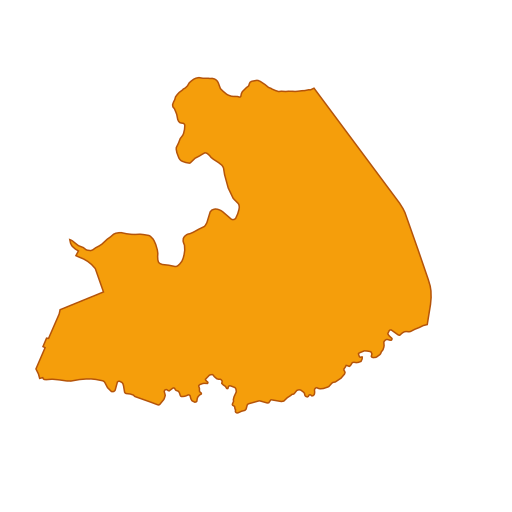 Moonee Valley, Victoria, Australia, rotated 106°
{"feature_id": "25037944B9436355571028", "entity_name": "Moonee Valley", "entity_type": "district", "adm_level": 2, "iso_a3": "AUS", "parent_name": "Australia", "parent_adm1": "Victoria", "projection": "robinson", "projection_center": [144.901, -37.749], "detail": "fine", "context": "isolated", "style": "filled", "palette": "amber", "viewbox_px": 512, "rotation_deg": 106, "n_neighbors": 0, "source": "geoboundaries", "source_scale": "gbopen_adm2", "svg_char_len": 6116}
<svg xmlns="http://www.w3.org/2000/svg" viewBox="0 0 512 512"><g transform="rotate(106 256 256)"><path d="M98.3,350.9L99.8,356.1L100.2,359.8L100.4,360.4L101.6,362.7L103.2,364.6L105.7,366.5L107.9,367.9L111.4,368.8L113.3,369.9L114.1,370.4L115.7,372.0L116.5,372.3L119.9,374.9L122.5,376.2L125.2,377.2L128.1,377.2L130.7,377.7L133.4,377.9L134.3,377.6L135.6,376.9L136.3,376.0L136.6,375.3L139.9,372.6L141.8,371.2L146.3,368.9L147.9,367.5L148.8,365.9L148.8,364.7L148.5,362.4L148.6,361.9L149.3,360.9L150.2,360.4L154.1,359.6L158.1,359.4L160.2,359.7L164.0,361.2L168.6,361.6L173.7,362.5L175.4,362.1L178.4,360.6L183.0,357.2L184.2,355.8L185.0,354.3L185.3,352.8L185.5,349.2L185.1,345.6L184.9,345.2L184.5,344.8L178.8,341.5L175.4,337.9L173.2,335.9L171.0,333.7L170.8,333.4L170.8,332.4L170.8,331.5L171.4,330.0L172.3,328.2L173.6,326.4L174.7,323.8L176.5,317.8L178.1,313.9L179.2,312.5L180.5,311.4L186.5,308.6L198.2,301.5L206.8,293.9L207.8,292.3L210.3,287.8L211.1,286.8L212.3,286.1L213.7,285.5L216.0,285.2L220.5,285.2L225.3,285.9L225.8,286.1L227.0,287.2L227.5,288.6L227.5,289.7L222.7,300.1L222.0,302.2L221.7,304.5L221.7,306.0L222.0,308.0L222.8,309.5L224.0,311.1L226.2,312.2L237.6,312.4L240.7,313.2L241.9,313.8L246.1,318.5L250.6,323.0L252.8,325.7L253.6,327.3L254.6,328.5L256.7,330.0L257.8,330.4L259.2,330.7L261.7,330.2L263.1,329.4L265.4,327.7L270.1,326.1L274.5,325.5L278.2,325.4L281.5,325.8L284.7,327.1L286.8,328.4L287.6,329.1L288.1,330.0L288.4,330.9L288.9,337.3L290.0,343.8L289.7,346.4L289.3,347.3L288.7,348.1L286.8,349.3L283.7,350.4L280.6,351.1L277.4,352.5L272.5,355.6L269.5,358.1L268.0,359.7L266.3,362.7L265.9,363.8L265.8,364.7L266.4,370.0L267.0,373.5L268.6,378.1L269.5,381.6L270.3,386.5L270.7,392.0L271.4,394.2L272.8,397.1L274.3,398.9L277.7,401.1L280.8,403.6L287.1,407.4L289.4,409.4L292.3,412.4L295.2,414.7L296.4,416.4L296.9,419.7L296.8,421.1L295.5,424.3L295.0,429.4L294.6,430.6L292.1,436.6L291.7,438.3L291.6,439.5L294.8,437.8L296.5,436.3L297.4,435.2L299.1,431.6L300.1,428.1L305.3,429.2L305.7,426.7L306.4,420.8L307.6,416.2L309.5,411.7L312.4,407.0L332.6,392.7L361.6,429.5L366.0,429.2L392.4,432.7L392.7,434.7L401.8,435.8L402.2,433.5L402.5,433.5L425.2,436.4L429.4,432.6L433.3,430.2L431.7,427.5L432.7,426.6L433.0,425.9L433.0,424.9L432.6,423.3L430.6,418.0L429.3,411.0L428.3,403.6L427.2,399.4L423.4,391.6L421.0,385.3L419.6,380.5L418.8,376.0L418.2,369.0L418.5,367.5L419.3,366.4L423.5,362.4L425.7,358.4L426.1,357.7L426.1,357.0L425.5,355.4L424.2,354.5L423.4,354.4L415.4,354.5L414.4,353.8L414.0,352.7L414.5,350.1L414.9,349.4L415.5,348.7L417.4,347.5L423.1,344.8L423.7,344.1L423.9,343.6L424.0,342.9L423.3,338.8L423.5,335.5L424.4,333.9L424.5,333.0L425.5,317.0L426.1,309.6L426.0,308.4L425.2,307.6L419.4,305.1L418.5,304.9L415.2,304.8L414.3,305.2L411.5,306.9L410.3,306.8L409.8,306.5L409.1,305.5L409.2,304.3L409.6,303.4L409.6,302.3L406.3,299.8L405.6,299.1L405.5,298.4L405.6,297.8L406.9,296.5L407.2,295.8L407.4,293.5L407.9,292.7L408.4,292.1L411.1,290.2L411.5,289.7L411.6,288.7L410.8,286.5L409.9,284.9L408.2,282.9L408.0,282.1L408.3,281.0L411.3,279.2L412.7,277.8L413.0,276.8L413.4,274.5L412.8,273.4L412.1,272.9L411.7,272.9L409.0,273.2L407.1,272.9L405.0,271.8L404.0,270.7L403.5,270.5L402.8,270.9L402.3,272.1L401.5,273.1L398.8,273.9L396.7,275.3L396.4,275.3L395.1,274.6L393.3,272.1L392.7,270.8L391.9,267.5L391.2,267.3L390.6,267.5L389.4,269.9L388.8,270.5L388.4,270.6L383.5,268.0L382.7,267.0L382.0,265.3L382.3,264.3L383.4,262.9L384.8,259.9L384.8,257.9L384.3,256.4L384.6,255.3L385.4,254.2L385.8,254.0L387.9,253.8L389.0,251.8L389.8,249.4L391.4,247.7L391.3,246.7L391.1,246.5L389.5,246.5L388.7,246.3L388.2,245.9L387.9,245.3L387.9,244.0L388.2,240.6L388.3,239.9L388.9,239.1L389.8,238.4L392.1,237.5L397.3,238.3L400.3,238.2L401.9,237.5L405.0,237.9L405.5,237.7L405.9,237.3L406.4,235.5L406.6,235.1L408.9,234.0L409.2,233.4L411.3,232.9L411.8,232.4L412.1,231.5L412.1,230.9L411.6,229.9L409.2,227.1L407.5,224.2L406.9,223.8L405.8,223.3L401.7,223.4L400.6,222.9L400.1,222.4L394.8,213.8L394.3,212.9L394.2,212.1L394.2,204.7L393.6,203.3L390.4,202.2L390.0,201.7L388.9,191.5L387.8,189.3L383.5,186.8L380.3,184.0L379.3,183.5L378.3,181.7L377.5,181.2L374.0,179.7L373.0,178.3L372.6,177.1L372.6,175.9L373.9,172.5L374.9,171.4L376.0,170.9L376.8,170.2L377.2,169.5L377.3,168.8L377.3,167.8L376.5,167.0L375.4,166.8L374.8,166.4L374.5,165.9L374.4,165.4L375.1,163.7L374.5,162.6L373.3,161.9L372.4,161.8L370.6,162.1L368.9,162.8L367.9,162.9L367.0,162.6L366.3,162.1L365.8,161.2L366.1,159.6L366.0,157.8L364.8,154.7L362.2,150.9L361.4,150.0L357.5,148.1L356.4,147.3L355.2,145.0L350.0,140.6L345.2,138.4L343.5,138.3L342.4,139.0L341.6,140.0L340.3,140.3L337.7,139.4L336.3,139.2L336.2,138.5L336.4,135.9L336.0,135.5L334.9,134.9L332.1,134.1L331.5,133.4L331.1,132.3L330.9,130.3L330.1,128.4L328.4,126.0L325.7,125.6L323.8,126.0L323.8,126.4L324.5,127.6L324.6,128.1L324.2,128.8L323.5,129.5L321.7,130.6L321.3,130.5L320.2,129.4L317.3,125.7L316.7,122.9L316.4,119.9L316.5,119.1L317.5,118.1L318.2,117.6L320.7,117.5L321.3,116.8L321.4,115.4L320.4,112.9L319.8,112.2L316.7,109.8L315.6,109.3L313.6,109.1L311.1,108.1L308.4,108.0L306.8,108.2L304.1,109.2L303.3,109.4L302.6,109.2L301.1,108.5L300.3,107.6L300.0,106.5L300.0,104.1L299.7,102.9L299.5,102.6L298.8,102.4L298.1,102.4L297.7,102.7L296.2,105.7L295.2,107.1L294.5,107.8L294.2,107.9L291.2,107.4L290.1,106.7L289.8,105.6L292.6,97.8L292.7,96.4L292.2,95.7L290.4,94.7L288.9,93.5L287.9,92.4L287.2,90.8L286.7,88.1L286.0,86.7L282.7,83.2L279.7,79.3L276.8,76.1L274.7,72.5L254.5,74.9L247.8,76.2L241.4,78.2L237.0,80.2L231.3,83.8L206.7,101.0L173.2,124.8L169.9,127.8L165.6,132.6L78.7,246.5L81.0,249.1L81.4,249.8L81.6,251.0L83.6,254.8L84.5,257.5L86.1,261.2L87.1,263.8L87.5,265.9L88.7,270.3L89.7,272.8L90.6,277.0L91.7,279.6L91.6,282.8L91.1,286.7L90.7,287.9L90.6,289.8L90.4,290.7L88.7,294.6L87.0,300.0L86.7,302.5L87.0,303.8L89.0,307.8L89.5,308.6L90.7,309.6L92.4,309.9L93.9,309.9L94.8,310.1L96.7,311.6L101.7,314.4L103.9,314.8L106.7,314.6L107.5,315.0L107.8,315.5L107.8,317.9L108.9,322.0L109.2,323.9L109.0,326.9L108.6,328.8L106.6,333.3L105.1,336.0L104.7,336.5L100.2,339.8L98.7,341.2L97.8,342.8L97.3,344.5L97.3,346.8L98.1,349.4L98.3,350.9Z" fill="#f59e0b" stroke="#b45309" stroke-width="1.5"/></g></svg>